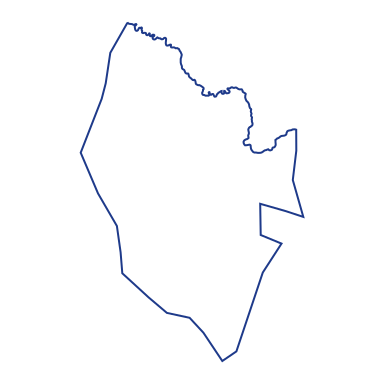 the district of Tes, Dzavhan, Mongolia
{"feature_id": "93677404B51014704481804", "entity_name": "Tes", "entity_type": "district", "adm_level": 2, "iso_a3": "MNG", "parent_name": "Mongolia", "parent_adm1": "Dzavhan", "projection": "orthographic", "projection_center": [95.652, 49.605], "detail": "fine", "context": "isolated", "style": "outline", "palette": "blue", "viewbox_px": 384, "rotation_deg": 0, "n_neighbors": 0, "source": "geoboundaries", "source_scale": "gbopen_adm2", "svg_char_len": 5694}
<svg xmlns="http://www.w3.org/2000/svg" viewBox="0 0 384 384"><path d="M105.7,83.4L101.7,98.8L80.7,152.7L98.0,193.4L116.9,226.0L120.6,252.3L122.3,273.3L148.6,297.4L166.9,312.9L189.6,317.8L203.4,332.7L222.3,361.0L236.4,351.4L262.8,272.5L281.5,243.6L260.7,235.0L260.2,203.8L286.0,211.2L303.3,216.9L292.8,180.0L296.3,150.7L296.2,129.7L294.9,129.3L293.1,129.4L292.5,129.5L292.1,129.7L291.6,130.1L289.1,130.5L288.1,130.8L287.3,131.3L287.0,132.0L286.5,133.1L286.4,134.0L286.2,134.5L285.7,135.0L284.7,135.5L283.8,135.7L282.0,135.9L281.4,136.0L280.4,136.5L279.4,137.4L278.3,138.1L278.0,138.2L277.5,138.3L277.1,138.5L276.3,139.4L275.5,139.8L275.4,140.2L275.5,141.5L275.5,142.2L275.6,143.2L275.7,144.3L275.6,145.3L275.0,146.5L274.4,147.2L273.8,147.4L272.8,147.6L272.6,147.8L272.4,148.2L272.1,149.4L271.7,149.9L270.9,150.2L270.2,150.4L269.2,150.2L268.3,149.3L267.9,149.4L267.3,149.5L266.9,149.8L266.5,150.0L265.8,150.2L265.3,150.2L264.8,150.4L263.9,150.9L262.8,151.8L262.2,152.1L261.7,152.5L261.2,152.6L260.5,152.8L258.1,152.9L257.4,152.8L255.8,152.5L254.3,152.5L253.2,152.0L251.9,150.4L251.3,149.5L251.0,148.6L250.8,147.6L250.6,145.4L250.3,145.0L249.7,144.7L249.3,144.7L246.7,145.2L245.1,145.3L244.4,144.6L243.9,143.7L243.6,142.8L243.6,141.6L244.2,140.5L245.1,139.8L246.2,139.3L247.0,139.1L248.1,138.4L248.5,138.0L248.5,137.5L248.2,135.7L248.3,135.1L248.7,134.2L248.9,133.2L248.8,132.2L248.6,131.4L248.4,130.5L248.3,129.4L248.6,128.6L249.1,127.7L249.7,127.1L250.3,127.0L250.8,126.6L251.1,126.2L251.4,126.0L251.8,125.8L252.0,125.5L252.3,125.2L252.5,124.4L252.5,123.8L252.5,123.2L252.1,122.2L251.9,121.6L251.9,120.1L251.7,119.6L251.7,119.0L251.9,118.3L252.0,117.7L252.0,117.3L251.7,116.9L251.3,116.4L251.1,115.8L251.1,115.2L251.2,114.6L251.4,114.2L251.5,113.7L251.5,113.4L251.2,112.8L250.9,111.9L250.8,111.3L251.0,110.4L251.1,109.8L251.2,109.4L251.1,109.1L250.5,108.6L250.1,108.2L249.8,107.7L249.3,106.1L249.2,105.3L249.1,104.5L248.8,103.8L248.3,102.8L247.8,102.1L246.5,100.9L246.1,100.1L245.7,99.2L245.5,98.5L245.2,97.5L245.3,95.5L245.7,94.2L245.7,93.8L245.3,93.4L243.3,92.2L242.8,91.8L242.6,91.5L242.6,90.7L241.8,89.4L241.5,89.3L239.7,89.4L238.9,89.2L238.4,89.0L237.9,88.7L236.5,87.7L235.9,87.5L235.5,87.5L235.1,87.6L234.7,87.8L233.7,87.9L233.2,87.8L232.2,87.3L231.3,87.3L231.0,87.6L230.6,87.9L230.0,88.3L228.8,88.4L227.7,88.4L227.5,88.6L227.5,89.1L227.8,89.4L228.2,89.8L229.0,90.6L229.4,91.1L229.6,91.3L229.6,91.6L229.5,92.1L229.3,92.5L228.8,92.9L227.9,93.2L226.6,93.3L226.1,93.1L225.5,92.4L225.3,91.7L225.2,91.4L224.8,91.1L224.6,91.0L224.2,90.9L224.1,91.1L224.1,91.3L224.2,93.0L224.0,93.4L223.7,93.7L223.2,93.8L222.6,93.8L222.1,93.6L221.8,93.2L221.6,92.8L221.6,92.3L221.6,91.8L221.6,91.0L221.1,91.1L219.1,92.4L218.7,92.6L218.4,92.7L218.2,93.1L217.7,93.7L217.3,93.9L217.0,94.4L216.7,95.0L216.3,96.0L215.9,96.5L214.9,96.7L214.5,96.6L214.2,96.1L213.8,95.4L213.3,94.2L213.2,94.1L212.4,94.0L211.7,94.3L211.1,94.8L210.8,94.8L210.4,94.7L210.1,94.4L209.6,92.9L209.5,92.3L209.4,92.1L209.2,92.1L208.8,92.3L208.7,92.5L208.8,93.0L209.0,93.7L209.2,94.0L209.3,94.4L209.4,94.9L209.1,95.2L208.7,95.6L208.1,95.7L207.3,95.6L205.9,95.7L205.3,95.6L204.7,95.2L204.2,95.0L203.7,95.0L202.9,94.8L202.5,94.4L202.2,93.5L202.1,92.9L202.6,91.8L202.8,91.3L203.0,90.6L203.0,89.7L203.5,89.3L203.6,88.9L203.6,88.1L203.4,87.8L203.0,87.4L200.8,85.8L199.3,85.1L198.3,85.2L197.7,85.0L197.1,84.7L196.3,84.3L195.9,83.8L195.7,83.1L195.6,82.3L195.5,81.6L195.1,80.4L194.8,80.1L194.4,79.8L194.1,79.8L193.6,80.1L193.3,80.1L192.8,80.0L192.4,79.7L191.8,79.2L191.4,78.7L191.1,78.4L190.3,77.8L189.7,77.3L189.1,76.6L188.9,76.0L188.6,74.5L188.4,74.0L188.2,73.6L187.8,73.5L187.1,73.5L186.4,73.5L186.0,73.3L185.5,72.9L185.1,72.1L184.5,70.6L184.2,70.0L183.8,69.7L183.5,69.5L182.7,69.1L182.3,68.7L182.1,68.4L181.9,67.6L181.9,66.2L181.0,64.0L180.9,63.5L180.7,62.4L180.7,59.1L180.8,58.4L181.2,57.4L181.4,56.4L181.7,55.2L181.7,54.5L181.4,53.8L180.7,52.2L180.3,51.5L179.7,50.8L179.1,49.4L178.8,48.9L178.4,48.7L177.9,48.6L177.5,48.2L177.1,48.1L175.8,48.3L175.4,48.1L174.4,47.5L174.0,47.4L173.3,47.4L172.0,47.5L171.6,47.4L171.2,47.3L171.0,47.0L170.8,46.6L170.8,46.2L170.8,45.8L171.0,45.3L171.0,45.1L170.9,44.7L170.7,44.6L169.9,44.7L168.8,45.2L168.1,45.5L167.5,45.6L166.8,45.5L166.5,45.4L166.2,45.0L166.0,44.4L165.8,43.7L165.8,43.0L165.8,42.1L166.0,40.9L166.1,39.2L166.1,38.9L165.9,38.4L165.6,38.1L165.3,37.9L165.0,37.8L164.4,37.9L164.0,38.1L163.4,38.8L163.1,39.0L162.5,39.2L161.8,39.3L161.0,39.0L160.7,38.6L160.4,38.4L160.0,38.3L159.2,38.3L158.7,38.2L158.0,37.9L157.6,37.5L157.4,37.4L157.2,37.5L156.9,37.7L155.9,38.8L155.4,39.1L155.0,39.4L154.5,39.5L153.9,39.4L153.5,39.3L153.1,39.0L152.8,38.6L152.7,38.2L152.6,37.8L152.6,37.4L152.8,37.0L154.1,36.0L154.3,35.5L154.3,35.2L153.9,34.8L153.0,34.7L152.7,34.8L152.1,35.1L151.3,36.0L151.0,36.2L150.6,36.2L150.2,36.1L149.9,35.8L149.8,35.3L149.8,34.8L149.8,33.8L149.7,33.6L149.5,33.4L149.3,33.4L149.1,33.5L148.3,34.7L148.0,34.9L147.7,35.1L146.8,35.1L146.5,34.9L146.2,34.6L145.9,33.2L145.7,33.0L145.0,32.8L144.4,32.8L143.6,33.0L143.1,33.1L142.8,33.0L142.5,32.9L142.1,32.6L142.0,32.3L142.1,31.6L142.2,30.9L142.1,30.7L141.8,30.4L141.7,30.1L141.6,29.8L141.6,29.5L141.8,28.8L141.9,28.5L141.9,28.1L141.8,27.7L141.7,27.6L141.3,27.5L140.7,28.0L140.3,28.0L139.9,27.8L139.4,27.8L139.2,27.9L139.0,28.1L138.8,28.4L138.3,29.5L138.0,30.1L137.7,30.4L137.4,30.6L137.0,30.8L136.5,30.8L136.2,30.7L135.8,30.5L135.5,30.1L135.2,29.5L134.9,27.7L134.7,26.7L134.8,26.3L134.9,26.1L135.2,25.8L135.7,25.4L136.3,24.6L136.4,24.4L136.2,24.1L135.5,24.1L134.8,24.5L134.2,24.9L133.7,24.9L133.0,24.6L132.3,24.2L131.9,24.1L129.2,23.8L128.4,23.5L128.1,23.3L127.9,23.0L127.1,23.3L110.3,52.8L105.7,83.4Z" fill="none" stroke="#1e3a8a" stroke-width="2"/></svg>